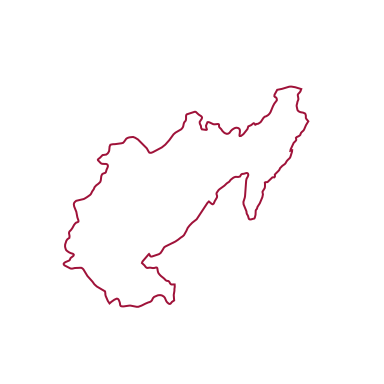 map outline of Ayacucho (Natural Earth projection), rotated 58°
{"feature_id": "PER-586", "entity_name": "Ayacucho", "entity_type": "Department", "adm_level": 1, "iso_a3": "PER", "parent_name": "Peru", "parent_adm1": "", "projection": "natural_earth1", "projection_center": [-74.059, -13.878], "detail": "fine", "context": "isolated", "style": "outline", "palette": "rose", "viewbox_px": 384, "rotation_deg": 58, "n_neighbors": 0, "source": "natural_earth", "source_scale": "10m", "svg_char_len": 6082}
<svg xmlns="http://www.w3.org/2000/svg" viewBox="0 0 384 384"><g transform="rotate(58 192 192)"><path d="M193.7,55.9L195.7,59.9L198.4,63.8L198.9,64.8L199.3,67.0L199.6,68.1L200.4,69.3L200.9,69.8L201.1,70.4L201.2,71.9L200.9,74.2L201.2,75.2L202.4,75.6L203.2,76.2L203.7,77.4L204.2,79.7L208.1,85.7L209.2,86.7L209.7,85.0L210.8,85.8L214.4,90.0L215.0,91.1L215.6,94.0L216.1,95.5L217.2,97.5L217.5,98.6L217.7,101.6L218.5,104.8L219.4,106.0L219.9,107.4L220.9,111.8L221.2,112.6L222.5,113.2L223.0,113.8L223.2,114.4L222.9,114.7L222.2,116.1L223.6,122.7L222.6,124.6L222.6,125.2L223.8,125.8L226.3,127.4L227.3,128.4L228.9,131.7L229.3,132.2L231.6,133.1L233.7,135.1L237.5,140.5L239.3,144.3L240.7,145.9L241.0,147.0L241.5,147.8L245.0,150.2L247.0,152.3L247.5,153.2L247.2,154.1L246.5,156.5L246.0,157.4L245.3,157.9L244.5,157.9L242.0,157.2L241.0,157.1L239.8,157.1L238.9,156.9L237.5,156.2L236.8,156.0L229.8,154.8L227.7,153.7L224.8,150.3L223.6,149.2L211.0,140.0L209.6,138.6L208.6,136.7L207.7,135.5L206.9,135.0L206.0,134.8L205.3,135.1L204.8,135.7L204.5,136.6L204.0,138.4L203.3,139.8L203.2,140.6L203.4,141.4L204.3,143.1L203.8,144.7L202.2,147.1L201.9,148.3L201.8,149.5L202.1,152.4L202.3,153.2L203.0,154.9L203.1,157.9L203.8,161.1L204.2,167.0L204.4,168.3L205.5,170.9L206.0,171.8L206.7,172.3L208.6,172.8L209.2,173.2L209.8,173.7L210.2,174.4L211.8,177.5L213.3,179.7L213.4,180.9L213.0,181.3L212.2,181.7L209.0,182.7L209.4,184.6L217.6,202.5L218.2,208.1L219.1,211.7L219.7,213.4L220.2,214.7L222.0,217.4L224.3,221.6L224.6,223.0L224.7,224.2L224.7,225.5L225.1,229.1L225.2,232.4L224.1,243.5L224.2,245.0L226.0,248.5L227.1,251.0L227.2,253.0L225.5,260.1L225.0,261.0L224.2,261.4L222.5,261.2L221.8,261.3L221.9,261.9L224.7,270.8L225.7,272.1L229.0,271.2L231.2,271.0L232.0,270.7L232.6,270.3L233.0,269.6L233.7,268.0L234.2,267.3L235.7,265.6L236.1,264.9L236.5,264.1L237.0,262.4L237.5,261.9L238.2,261.8L239.0,262.1L240.6,262.8L241.8,263.2L242.7,263.4L243.5,263.4L245.2,263.2L246.9,262.8L250.0,261.7L251.5,261.3L252.8,261.1L253.4,260.8L254.0,260.4L255.0,259.2L255.8,258.9L256.6,258.9L257.8,259.0L258.7,258.9L259.5,258.5L259.9,257.9L260.6,256.6L261.2,255.7L263.3,256.9L264.8,258.2L266.5,259.3L268.9,261.4L269.7,262.1L274.5,264.6L274.6,267.3L275.3,269.3L275.2,270.1L274.8,270.6L274.1,271.0L272.5,271.5L271.6,271.6L270.6,271.6L267.4,271.1L266.4,271.2L265.6,271.4L264.2,272.1L263.6,272.5L262.6,273.6L261.9,274.9L261.5,275.8L260.9,279.7L261.4,281.5L262.4,283.0L262.9,284.1L263.0,285.2L262.9,286.2L262.5,287.5L262.0,290.7L261.6,295.0L260.9,298.4L260.1,299.7L255.8,304.3L255.2,305.2L252.9,310.4L252.0,311.8L251.5,312.4L251.0,312.8L250.4,312.9L249.8,312.8L247.7,311.9L246.0,311.5L244.4,311.3L243.7,311.4L243.0,311.8L242.5,312.5L242.2,315.0L242.4,318.5L242.8,321.0L239.8,321.1L234.4,320.3L233.0,319.8L232.4,319.4L230.2,318.4L221.7,322.8L218.5,323.7L215.3,323.9L207.8,325.2L200.1,325.1L198.8,325.4L197.8,325.9L197.3,326.5L194.4,331.6L193.5,334.2L193.0,335.0L192.3,335.7L186.7,339.0L185.6,339.2L184.8,338.8L184.5,338.1L184.4,337.2L184.4,336.4L185.0,332.7L184.9,331.8L184.5,331.2L183.7,330.0L183.6,329.5L183.4,327.1L183.2,326.2L182.6,325.5L181.9,325.5L181.2,325.8L179.5,327.3L177.7,328.4L176.0,329.1L175.0,329.4L174.3,329.5L172.9,329.2L171.3,328.7L170.6,328.3L169.3,327.4L166.8,324.4L166.4,323.6L166.1,322.9L166.0,322.1L165.9,320.3L164.5,319.2L161.7,318.1L160.9,317.4L160.4,316.4L160.3,315.5L159.8,314.0L159.1,312.4L157.4,309.4L156.8,307.7L156.6,306.4L157.0,304.8L156.9,304.0L156.3,303.6L155.6,303.3L152.9,302.7L147.5,300.6L141.9,299.6L139.9,298.8L139.2,298.2L138.7,297.5L138.4,296.7L138.1,294.9L140.6,287.5L140.7,286.2L140.7,283.4L140.5,280.2L140.3,279.2L139.9,278.4L138.6,276.3L137.6,273.9L136.3,272.1L135.6,269.7L135.4,267.1L135.1,265.5L134.8,264.4L133.8,263.2L130.7,260.7L130.0,259.9L129.3,258.7L129.3,257.6L129.8,255.3L129.5,254.5L127.7,252.5L126.8,251.1L126.2,250.3L125.5,249.6L124.8,249.3L124.0,249.2L123.3,249.5L122.7,250.0L120.9,252.7L120.4,253.3L119.8,253.8L119.1,254.1L115.3,254.9L114.7,254.7L114.4,254.0L114.2,251.9L113.3,248.3L114.8,244.9L114.6,243.0L113.9,241.5L113.5,240.8L112.9,240.2L109.8,237.8L108.7,236.2L109.2,234.6L109.8,233.3L110.6,232.0L113.3,226.0L113.8,224.4L113.4,222.9L112.0,219.5L112.0,218.1L112.3,216.8L112.6,215.9L114.1,212.8L115.8,211.5L118.8,210.0L131.0,207.2L134.9,207.4L136.0,207.3L136.6,206.7L137.2,205.6L137.5,204.0L138.2,194.0L137.7,189.6L136.0,183.8L133.3,177.1L132.9,174.5L133.1,167.9L132.7,166.5L132.2,165.4L131.5,164.5L129.8,162.9L129.3,162.3L128.8,161.6L128.3,159.9L127.8,159.1L126.7,158.2L124.6,156.9L124.0,156.4L123.6,155.9L123.4,155.2L125.4,147.2L125.8,146.6L126.2,146.3L129.9,145.3L132.7,144.0L133.4,143.9L134.1,144.0L134.7,144.5L135.2,145.2L136.3,147.7L136.6,148.3L137.4,148.8L138.5,149.2L140.6,149.4L142.6,150.3L144.1,150.4L146.6,147.4L147.0,146.7L146.8,146.2L145.7,145.9L144.8,145.7L143.2,145.0L141.0,141.9L141.3,141.2L142.2,140.3L145.8,138.0L146.7,136.8L147.9,134.3L148.3,133.7L148.9,133.4L149.4,133.5L150.7,134.3L151.4,134.5L152.2,134.4L153.8,134.0L154.7,133.9L156.2,133.9L158.7,133.3L159.7,132.8L161.0,131.8L161.6,130.7L161.7,129.7L161.7,128.9L161.4,128.1L160.8,126.6L160.4,124.7L160.4,122.6L160.5,121.7L160.8,120.8L161.2,120.0L161.7,119.5L162.2,119.0L162.9,118.6L163.8,118.4L164.9,118.6L166.5,119.6L168.8,121.5L169.3,121.8L169.8,121.9L170.4,120.9L170.3,118.9L170.1,117.5L168.0,111.6L166.2,109.5L166.6,106.8L166.6,106.1L166.3,103.4L166.8,102.9L167.3,102.7L168.3,102.8L168.5,102.7L168.6,102.4L168.5,101.2L169.1,100.0L169.2,99.1L169.1,96.9L168.8,96.0L167.1,92.3L166.8,91.1L166.7,90.3L167.0,89.4L167.1,88.4L167.1,86.7L166.9,85.7L166.5,84.4L165.8,83.0L162.1,77.8L160.7,75.4L159.3,71.7L159.0,71.3L158.4,71.0L157.4,70.6L156.3,70.7L155.3,71.3L154.4,71.4L153.2,70.4L150.5,65.6L152.2,61.1L154.2,53.8L154.7,52.8L155.3,51.8L157.9,48.9L162.6,44.8L164.0,46.6L164.3,47.1L164.7,48.3L165.1,49.8L165.4,50.5L165.7,50.8L166.2,51.1L168.7,52.1L169.5,52.5L170.0,52.9L171.4,54.8L172.6,55.9L173.6,57.0L174.2,57.5L175.0,57.9L178.1,59.0L178.7,59.1L179.4,59.0L180.7,58.5L181.8,57.7L183.6,55.7L185.2,54.6L185.7,54.5L186.4,54.6L187.6,55.0L189.5,56.2L190.6,56.3L193.7,55.9Z" fill="none" stroke="#9f1239" stroke-width="2"/></g></svg>